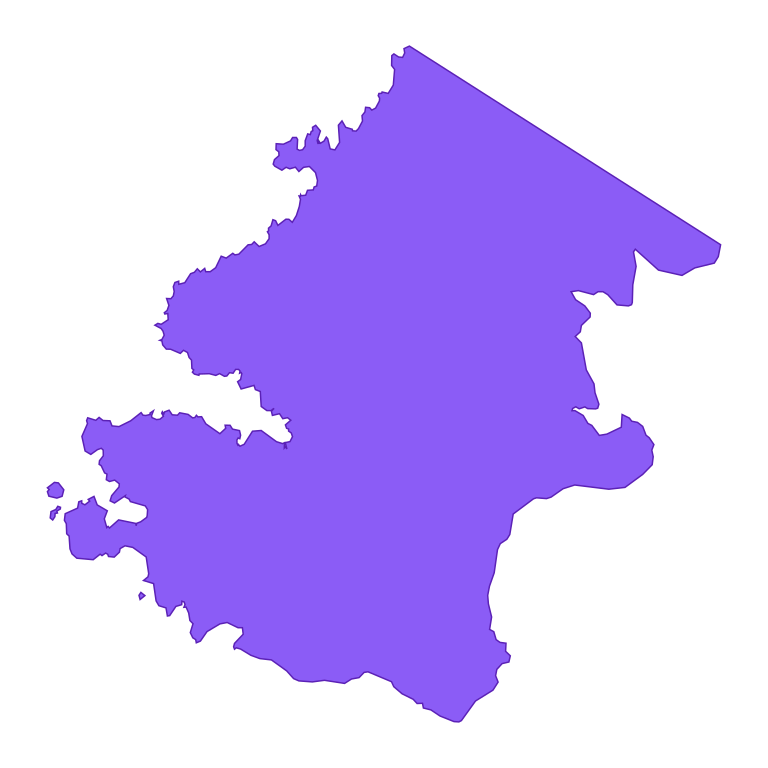 outline of Rorya, Mara, United Republic of Tanzania
{"feature_id": "72390352B17164070988815", "entity_name": "Rorya", "entity_type": "district", "adm_level": 2, "iso_a3": "TZA", "parent_name": "United Republic of Tanzania", "parent_adm1": "Mara", "projection": "robinson", "projection_center": [33.963, -1.299], "detail": "fine", "context": "isolated", "style": "filled", "palette": "violet", "viewbox_px": 768, "rotation_deg": 0, "n_neighbors": 0, "source": "geoboundaries", "source_scale": "gbopen_adm2", "svg_char_len": 6056}
<svg xmlns="http://www.w3.org/2000/svg" viewBox="0 0 768 768"><path d="M489.6,629.4L491.6,617.0L488.4,603.9L487.7,595.4L489.5,586.1L494.2,572.8L497.5,549.6L500.3,543.6L506.9,539.2L509.8,534.5L513.2,514.0L533.5,498.8L536.5,497.8L546.5,498.6L551.1,497.1L563.1,488.7L574.7,485.0L608.8,489.2L625.0,487.4L642.8,474.3L652.2,464.7L653.2,456.7L651.8,450.1L653.9,444.6L649.2,437.7L646.0,435.2L642.7,426.4L637.5,422.4L631.7,421.2L629.4,418.1L622.1,414.5L621.3,427.2L606.9,434.1L599.3,435.4L591.8,425.4L587.9,423.4L583.2,415.5L574.9,410.6L572.0,410.7L572.6,408.5L575.8,406.8L579.2,408.8L584.9,406.9L587.6,408.6L595.6,408.9L597.7,408.2L598.9,404.2L595.0,392.7L594.0,383.9L586.3,369.9L581.4,342.9L575.2,336.5L580.3,331.8L581.4,325.4L590.1,317.0L590.3,313.2L584.8,305.9L575.6,299.7L571.1,291.7L578.4,290.6L593.6,294.6L598.0,291.7L603.0,291.7L607.8,294.7L617.0,304.9L628.4,305.9L631.5,304.7L632.3,302.5L632.8,284.8L636.1,266.4L633.5,251.9L635.3,249.2L658.5,270.1L682.0,275.4L694.8,267.9L714.3,263.1L718.3,256.6L720.6,244.7L409.4,46.1L404.0,48.6L404.7,53.0L402.6,57.4L398.6,57.0L393.9,53.9L391.8,55.6L391.6,65.5L394.6,69.4L393.3,85.1L388.2,93.4L382.1,92.0L381.7,93.3L378.9,93.5L378.2,95.7L379.6,98.1L379.4,101.0L375.6,108.1L371.8,110.1L369.6,107.7L365.6,107.3L364.9,112.0L362.0,115.6L362.5,121.1L358.5,128.6L356.1,131.1L352.5,130.8L352.3,129.3L345.7,127.3L342.0,120.9L338.4,125.2L339.6,142.4L334.9,149.9L330.2,148.9L327.7,138.7L326.3,137.1L324.0,141.1L320.3,143.3L318.1,139.7L317.4,141.0L319.3,143.3L317.9,143.4L317.2,140.5L320.4,131.0L315.7,125.3L312.5,127.3L312.8,130.7L311.2,131.5L310.3,134.6L307.7,133.9L305.2,140.7L305.2,146.2L302.6,149.7L299.5,150.4L297.1,149.1L297.6,139.5L296.4,137.5L292.6,137.5L290.5,140.9L283.4,144.2L276.2,143.7L276.0,149.6L278.8,151.8L279.0,155.6L274.5,159.5L273.2,164.1L274.8,166.2L281.9,170.2L286.1,167.3L289.8,168.8L295.4,167.2L298.9,171.5L303.6,167.3L309.4,166.5L315.5,172.6L317.5,180.4L316.7,186.0L314.1,187.0L313.3,189.9L307.5,190.3L305.7,195.2L301.1,195.7L300.6,194.7L300.3,196.2L299.1,196.0L300.5,199.3L299.3,206.5L296.4,215.5L292.3,222.3L288.9,219.3L285.9,219.2L277.9,225.4L275.6,220.7L272.9,219.7L271.1,225.9L268.5,228.2L268.6,230.8L267.4,231.7L269.1,234.7L269.1,238.7L265.5,243.8L259.1,246.5L254.2,241.8L251.6,244.5L248.1,244.8L238.8,254.2L234.9,254.9L232.8,253.3L226.2,258.1L221.2,256.2L215.7,267.7L210.2,271.7L205.7,271.7L204.7,268.4L200.4,271.9L197.3,268.8L194.4,272.3L190.6,273.7L184.8,282.7L178.8,284.3L178.7,281.2L174.9,282.5L173.3,286.7L174.2,291.5L173.3,295.9L170.9,298.7L166.6,298.5L168.9,305.4L167.1,310.5L164.3,312.7L164.8,314.0L167.8,313.5L168.2,319.7L161.2,324.3L157.8,323.4L154.9,325.2L161.1,328.5L163.0,331.2L164.2,335.2L161.9,339.5L159.9,340.3L161.9,340.9L162.7,344.9L166.3,349.1L170.5,349.2L180.3,353.4L183.5,350.3L187.5,352.5L189.1,357.5L191.5,360.1L191.9,368.4L193.7,369.9L192.4,372.2L194.4,374.1L198.9,375.3L199.2,374.0L209.3,373.7L215.8,375.4L219.6,373.6L224.4,376.3L226.8,376.0L229.5,372.7L233.1,373.2L235.6,369.4L238.6,369.4L240.0,371.0L239.6,373.2L241.1,372.5L241.8,373.6L240.6,379.5L237.6,381.7L241.1,389.0L254.0,385.4L255.4,389.6L260.3,391.5L261.2,406.5L266.9,410.6L271.5,410.6L272.3,409.5L274.1,408.4L271.4,411.2L272.4,415.4L279.5,413.7L282.8,418.7L287.5,417.7L290.8,420.2L285.4,424.9L286.6,428.3L288.6,429.0L288.6,431.1L291.3,433.0L292.5,436.7L290.0,441.6L285.3,442.6L286.9,449.0L285.4,446.7L284.3,448.0L284.5,442.7L282.6,443.6L276.5,441.7L261.2,430.5L252.5,431.2L244.2,444.3L240.0,446.2L237.6,443.6L238.3,446.0L237.0,443.3L236.9,440.0L238.1,438.0L239.8,438.7L240.6,435.2L239.5,430.6L232.5,429.1L230.1,425.3L225.1,425.2L225.7,428.3L219.9,433.7L205.8,423.8L201.6,416.7L197.9,416.9L196.4,415.3L194.9,417.5L192.7,417.9L188.1,414.4L179.7,412.8L177.5,415.2L172.2,414.8L169.1,410.2L164.6,411.9L163.8,413.9L162.4,411.7L161.7,413.2L163.4,416.3L160.0,419.2L156.5,419.6L152.0,417.6L151.5,415.8L153.4,410.8L150.0,413.1L150.1,414.5L145.8,415.5L143.0,415.2L141.1,412.6L130.7,420.8L119.0,426.6L112.0,425.9L110.0,420.8L103.0,420.5L99.1,417.4L95.8,420.3L87.7,417.8L86.6,420.6L87.5,423.6L81.9,436.4L85.1,451.0L90.8,454.4L97.5,449.6L101.3,448.3L103.2,450.1L103.3,455.8L99.5,460.7L99.1,464.3L101.2,465.7L104.6,472.9L107.0,474.1L106.3,479.7L109.5,481.5L114.7,480.1L119.3,483.8L119.0,487.0L111.7,495.6L110.1,500.8L114.5,503.0L125.3,495.7L124.9,496.9L129.1,499.1L130.4,501.6L145.3,505.9L147.6,509.6L147.2,515.5L146.7,517.4L140.7,521.8L136.7,523.3L136.2,525.8L135.7,523.4L118.6,519.9L109.5,528.0L108.1,526.4L106.8,527.6L104.3,518.8L107.3,510.8L97.2,504.9L94.0,496.4L88.2,499.4L89.7,501.1L84.9,504.8L81.8,503.3L81.7,500.8L78.8,501.8L77.6,508.1L65.2,513.7L64.4,520.3L66.3,523.7L66.7,533.8L69.1,536.1L70.0,548.9L72.0,553.9L76.8,558.2L93.2,559.7L100.1,554.2L102.0,555.6L105.6,553.1L107.7,554.2L108.5,556.5L114.2,557.1L119.4,552.2L120.1,548.6L125.0,545.8L132.8,547.4L146.2,557.0L148.7,573.7L148.0,576.8L143.5,580.5L153.6,583.6L156.1,600.9L158.9,605.7L166.0,607.9L167.4,616.0L169.7,615.6L175.9,606.4L181.7,604.7L181.9,601.2L184.2,602.0L185.0,604.6L183.9,607.3L186.1,607.1L188.7,613.0L189.9,620.5L193.0,623.7L190.3,632.6L192.8,637.8L195.7,639.6L196.3,642.8L200.4,641.1L207.0,631.6L219.9,623.9L227.2,622.5L238.0,627.7L242.4,627.7L243.2,634.2L234.5,643.4L233.6,646.8L234.5,649.2L236.3,647.8L240.5,649.0L250.9,655.3L259.9,658.6L271.4,659.9L286.7,670.9L293.6,678.6L298.9,680.9L312.3,681.9L324.5,680.3L344.6,683.4L351.5,679.0L359.1,677.6L364.1,672.4L368.0,671.8L391.5,681.7L393.8,686.7L402.1,693.8L413.2,699.3L417.1,703.5L422.5,703.3L423.4,708.0L430.9,709.9L440.0,716.0L454.0,721.6L458.9,721.9L461.4,720.6L475.5,701.0L493.0,690.1L498.1,682.1L495.6,675.7L496.8,669.4L502.1,663.6L508.9,662.0L510.3,655.8L505.6,651.3L506.0,643.2L500.0,642.4L496.1,639.6L493.8,631.7L489.6,629.4ZM58.4,482.9L54.4,482.4L47.4,487.8L49.2,489.5L47.4,491.6L48.9,496.2L56.9,498.1L62.1,496.3L63.8,489.8L58.4,482.9ZM60.5,507.3L57.8,506.3L55.8,509.5L51.0,511.6L50.2,517.9L52.7,520.0L54.9,516.7L55.1,513.4L57.4,513.0L56.8,511.1L60.3,509.0L60.5,507.3ZM144.9,595.6L140.9,592.4L139.0,595.3L140.1,599.5L144.9,595.6Z" fill="#8b5cf6" stroke="#5b21b6" stroke-width="1.5"/></svg>